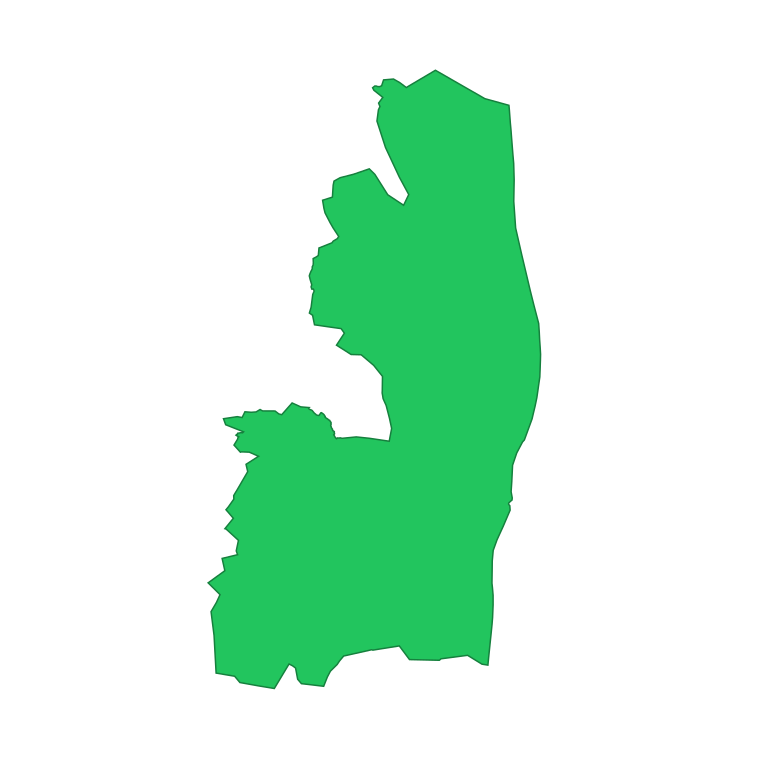 Yusufari, Yobe, Nigeria (Equal Earth projection), rotated 99°
{"feature_id": "59680162B61002782115608", "entity_name": "Yusufari", "entity_type": "district", "adm_level": 2, "iso_a3": "NGA", "parent_name": "Nigeria", "parent_adm1": "Yobe", "projection": "equal_earth", "projection_center": [10.863, 13.162], "detail": "fine", "context": "isolated", "style": "filled", "palette": "green", "viewbox_px": 768, "rotation_deg": 99, "n_neighbors": 0, "source": "geoboundaries", "source_scale": "gbopen_adm2", "svg_char_len": 4450}
<svg xmlns="http://www.w3.org/2000/svg" viewBox="0 0 768 768"><g transform="rotate(99 384 384)"><path d="M107.4,433.3L110.6,431.4L114.0,432.4L125.4,432.1L150.2,419.5L177.3,401.2L193.0,389.2L204.4,392.6L196.5,409.9L178.4,425.8L173.8,432.2L181.6,446.9L187.1,459.6L191.4,465.1L195.5,465.3L207.5,464.2L212.1,473.4L216.3,472.0L219.9,470.8L224.2,469.0L233.2,462.4L237.9,458.6L245.4,451.8L247.2,452.6L247.8,452.9L250.8,456.5L252.7,457.5L259.8,469.5L267.4,469.0L269.1,470.8L271.2,473.6L275.2,472.8L277.7,472.6L279.3,473.2L281.7,472.9L283.9,473.7L287.2,474.5L288.9,474.7L292.3,473.3L297.0,471.0L297.7,470.9L298.6,471.1L299.5,471.2L301.6,470.1L301.3,468.6L303.1,467.5L306.7,468.4L319.6,468.0L325.6,468.8L327.3,465.3L336.4,461.9L336.2,445.7L336.0,435.0L340.0,431.1L353.1,437.0L360.0,421.1L358.7,411.1L367.2,397.1L376.7,386.7L390.6,384.7L393.2,384.4L396.4,383.3L398.6,382.6L404.9,378.5L417.1,373.2L426.7,369.5L439.7,369.9L439.9,389.9L440.6,403.1L444.2,416.9L444.1,417.9L444.0,418.5L444.2,419.2L444.4,420.2L444.6,420.9L444.5,421.4L444.7,421.8L444.9,421.8L445.2,422.0L445.5,422.4L445.4,422.7L445.2,422.9L444.5,423.7L444.2,423.9L443.8,424.2L443.4,424.6L442.9,424.9L442.5,425.3L442.2,425.6L441.9,425.7L441.7,425.4L441.2,425.1L440.7,425.1L440.3,425.2L440.1,425.5L439.8,425.7L439.4,425.6L438.9,425.6L438.7,425.9L438.4,426.3L438.2,426.8L438.1,427.3L437.7,427.5L437.2,427.7L436.7,427.8L436.5,428.1L436.1,428.4L435.8,428.7L435.5,429.0L434.9,429.3L434.4,429.5L434.0,429.8L433.8,430.0L433.4,430.2L433.0,430.1L432.7,429.9L432.3,429.9L431.8,430.2L431.5,430.3L431.2,430.1L430.8,430.1L430.5,430.2L430.2,430.5L429.9,430.6L429.7,430.9L429.3,431.2L429.1,431.4L428.9,431.7L428.5,431.9L428.3,432.1L428.3,432.4L428.2,432.8L428.1,433.1L427.9,433.5L427.6,433.7L427.4,434.2L427.2,434.6L427.0,434.9L427.0,435.2L426.9,435.6L426.6,435.9L426.3,436.3L426.0,436.8L425.8,437.1L425.5,436.9L425.3,437.0L425.0,437.2L424.8,437.4L424.6,437.7L424.4,437.9L424.0,438.1L423.8,438.4L423.4,438.8L423.2,439.2L422.9,439.6L422.7,440.1L422.5,440.5L422.2,441.0L422.1,441.4L422.2,441.7L422.4,441.9L422.7,442.1L423.0,442.1L423.4,442.3L423.8,442.6L424.0,442.8L424.4,442.9L424.8,442.9L425.1,443.1L425.3,443.5L425.3,444.1L425.3,444.7L425.2,445.4L425.1,446.0L424.8,446.4L424.4,446.9L424.1,447.5L423.7,448.2L423.2,448.8L422.9,449.1L422.5,449.6L422.0,450.2L421.7,450.4L421.5,450.7L421.3,451.0L421.1,451.6L420.9,452.3L420.8,453.1L420.6,453.7L420.4,454.1L420.1,454.4L419.9,454.6L419.4,454.6L419.0,454.3L419.6,462.7L417.1,471.8L430.3,480.2L430.0,483.2L427.7,487.4L429.6,499.7L428.6,502.4L431.6,506.0L432.7,510.7L433.2,517.0L439.3,518.9L439.2,523.8L443.4,537.1L449.0,534.0L453.2,515.2L454.3,516.0L454.3,516.4L454.6,518.1L455.1,519.5L455.3,520.1L455.4,520.7L455.5,520.8L455.9,520.9L456.4,520.8L456.6,520.9L456.7,521.3L456.9,521.6L457.7,522.2L458.2,521.1L458.9,519.2L460.2,520.0L461.2,519.9L467.8,522.6L473.8,515.2L473.3,514.0L472.4,506.4L475.0,496.6L484.9,507.7L486.7,507.0L491.9,504.9L512.3,512.8L513.9,513.5L517.7,515.0L521.2,514.3L529.9,518.6L532.9,520.4L540.2,511.8L551.8,518.5L552.0,517.2L561.2,503.3L571.2,503.8L572.0,503.8L572.2,503.7L575.5,501.9L581.6,516.6L593.3,512.0L607.9,526.6L617.7,513.0L625.9,515.3L635.9,519.2L659.0,512.5L695.8,504.6L696.0,485.8L698.7,482.7L701.4,479.6L701.8,460.2L701.9,444.7L675.4,434.0L676.6,430.3L678.4,426.9L689.1,423.1L692.9,418.7L692.5,409.5L692.0,396.3L682.2,394.1L676.0,392.0L671.1,388.4L668.4,386.4L664.5,384.6L659.0,381.3L648.4,354.6L648.6,353.4L640.3,327.9L652.2,315.7L648.2,286.1L646.5,284.7L638.9,259.0L645.4,243.4L645.4,237.4L637.1,237.9L622.5,238.7L614.9,239.1L604.4,239.7L597.8,240.2L585.0,241.7L575.6,243.2L568.3,245.0L563.9,246.2L556.3,247.3L550.0,248.2L541.8,249.4L531.2,250.1L520.2,248.0L505.9,244.0L488.9,239.7L484.5,240.7L483.7,241.7L483.0,242.2L482.1,242.2L480.7,241.2L479.5,240.2L478.6,239.4L476.5,239.5L470.5,241.6L460.6,242.5L444.1,244.3L431.3,242.1L419.6,238.1L417.3,236.6L395.3,232.3L389.7,231.9L382.1,231.3L373.6,230.9L365.8,231.0L360.5,231.1L352.7,231.2L345.1,232.1L339.5,232.8L336.2,233.2L330.2,234.0L324.2,235.3L320.7,236.1L316.4,237.1L308.3,238.8L300.0,240.7L282.4,248.4L269.0,254.1L234.5,268.3L209.3,278.4L183.3,284.4L161.9,287.4L145.9,290.4L137.5,292.5L121.3,296.4L113.3,298.3L106.2,300.1L93.5,303.1L89.2,304.2L86.4,329.0L66.1,382.3L86.2,406.6L87.7,408.3L83.9,415.5L81.3,422.3L83.7,432.0L89.8,433.0L91.0,434.9L91.2,436.8L90.9,438.4L91.1,439.7L93.2,441.6L95.5,439.9L101.1,430.0L107.4,433.3Z" fill="#22c55e" stroke="#15803d" stroke-width="1.5"/></g></svg>